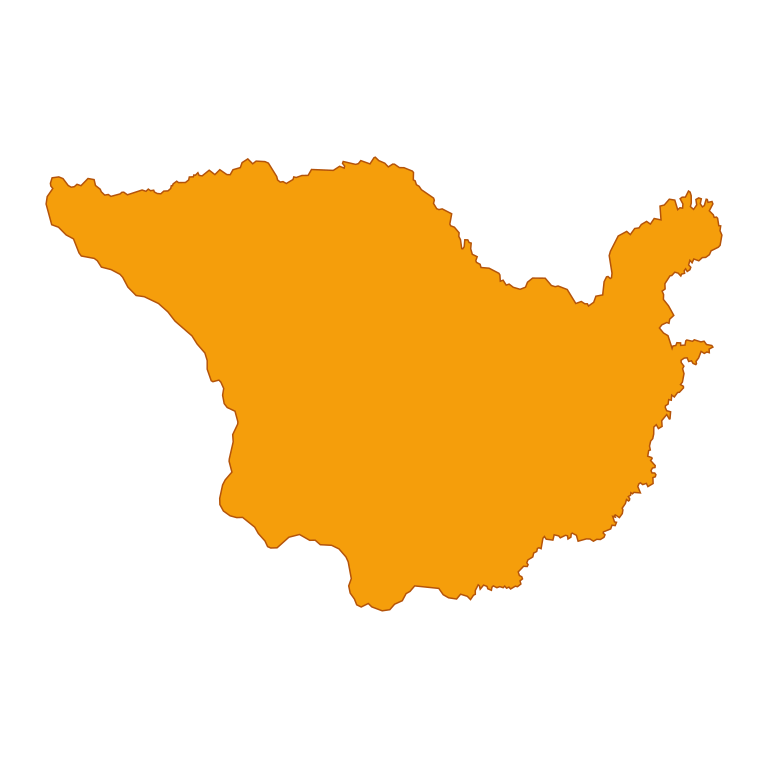 Anzoátegui, Tolima, Colombia (Equal Earth projection)
{"feature_id": "7082276B15169837386348", "entity_name": "Anzoátegui", "entity_type": "district", "adm_level": 2, "iso_a3": "COL", "parent_name": "Colombia", "parent_adm1": "Tolima", "projection": "equal_earth", "projection_center": [-75.176, 4.624], "detail": "fine", "context": "isolated", "style": "filled", "palette": "amber", "viewbox_px": 768, "rotation_deg": 0, "n_neighbors": 0, "source": "geoboundaries", "source_scale": "gbopen_adm2", "svg_char_len": 6107}
<svg xmlns="http://www.w3.org/2000/svg" viewBox="0 0 768 768"><path d="M47.2,196.6L46.1,204.0L51.7,224.7L58.5,227.2L66.1,234.9L73.5,238.9L79.0,252.9L81.3,256.0L94.2,258.4L97.3,260.7L101.4,267.1L111.1,269.6L120.0,274.3L122.7,277.3L127.9,287.1L136.1,295.5L144.3,296.7L158.5,303.5L167.9,311.9L175.0,321.1L192.0,335.9L197.1,344.0L204.9,353.0L207.2,360.5L207.2,369.2L211.2,380.7L212.9,381.7L218.9,380.1L220.9,382.2L223.7,388.5L222.6,395.2L224.2,403.6L227.2,407.5L235.0,411.2L237.9,421.9L237.7,424.1L232.7,434.6L233.2,441.8L229.3,458.9L229.1,461.3L231.9,472.1L225.2,479.9L222.6,484.9L219.7,498.4L219.9,504.6L223.4,511.0L230.1,515.8L236.7,517.6L242.6,517.4L254.7,527.1L258.3,533.5L265.0,541.0L267.6,546.6L270.7,548.0L277.1,547.8L288.9,537.2L299.5,534.5L309.7,540.3L315.2,540.2L320.3,544.7L331.6,545.3L339.0,548.9L346.0,557.0L348.2,561.8L351.3,578.6L348.7,585.9L350.2,593.1L354.4,599.0L356.7,604.8L361.2,607.0L368.3,603.5L371.8,606.9L382.2,610.8L389.8,609.7L394.6,604.2L402.3,600.7L406.1,593.6L410.0,591.4L414.7,585.9L438.8,588.4L443.2,594.7L448.6,597.8L456.6,599.0L460.6,594.2L467.3,596.3L470.5,599.6L473.5,595.2L475.3,594.3L475.3,590.5L478.2,584.8L479.4,585.8L480.2,589.2L483.6,585.1L487.0,586.4L487.8,588.8L491.4,590.3L491.9,587.3L493.3,585.9L496.9,587.7L499.8,586.6L503.2,587.7L504.7,586.1L506.6,588.2L508.9,587.1L510.6,589.0L515.3,586.2L517.5,586.7L520.9,584.0L520.0,580.9L522.5,578.9L521.8,576.8L519.4,575.5L518.2,571.9L523.6,566.3L527.2,566.5L528.1,564.7L526.8,562.8L527.9,559.9L532.8,556.9L533.7,553.0L536.7,551.5L537.4,548.5L538.9,547.7L541.1,548.7L542.9,538.3L544.4,536.5L546.2,539.2L552.9,540.1L554.2,534.8L558.7,535.9L560.3,537.8L565.5,535.3L567.5,535.8L568.0,539.0L570.9,537.2L571.2,533.9L572.2,533.1L576.4,535.3L578.1,541.2L586.3,538.9L590.0,539.0L593.4,541.2L596.8,539.3L600.4,539.5L604.0,537.3L605.0,534.8L603.2,533.1L603.4,531.9L610.7,528.9L612.0,525.2L615.2,525.6L616.5,522.3L614.5,521.9L612.7,516.4L615.2,517.1L614.5,515.4L615.4,514.9L619.4,517.6L622.3,513.6L622.9,509.9L622.2,508.2L625.4,503.5L626.5,499.5L628.5,501.0L629.4,500.3L629.7,498.7L628.3,496.5L630.6,495.2L630.9,492.7L632.5,493.8L633.9,492.4L640.4,492.9L637.8,486.5L638.9,483.8L640.4,482.8L642.7,484.6L646.4,483.4L647.9,486.6L653.1,483.5L652.9,477.6L655.3,476.8L655.9,474.7L654.7,473.0L652.0,472.9L651.0,470.6L652.5,468.0L655.0,467.5L655.2,465.6L650.6,460.5L652.1,458.6L651.8,457.6L647.7,456.2L648.7,450.5L650.3,450.0L649.5,446.0L650.7,441.0L652.7,438.7L653.7,434.1L653.8,427.1L656.3,424.7L658.4,428.6L662.1,426.4L661.7,420.7L666.7,414.6L669.3,419.0L670.0,418.8L670.6,411.8L666.7,410.7L665.3,407.6L665.5,405.7L668.1,404.1L668.7,399.6L671.3,400.2L671.7,395.1L674.3,397.0L677.6,392.5L679.4,392.3L683.5,387.9L683.4,386.3L680.5,384.6L682.4,382.1L684.0,373.7L682.6,368.7L683.9,366.2L681.2,362.5L681.1,360.3L684.2,358.1L687.1,357.8L688.7,361.5L691.5,360.8L693.0,363.4L695.8,364.6L696.5,363.7L696.0,361.4L698.6,358.0L701.1,351.4L704.3,353.4L706.9,352.0L709.3,352.7L709.1,349.1L712.9,347.1L711.8,345.5L706.5,344.5L704.1,341.2L700.9,341.9L694.3,339.8L692.5,341.3L686.8,340.0L685.8,340.8L685.0,345.1L680.7,345.4L680.6,342.9L676.9,342.7L675.8,345.5L672.9,346.0L672.1,348.4L668.0,335.7L663.5,333.0L659.4,328.0L661.9,324.8L666.8,322.5L669.0,323.3L669.7,319.2L673.8,315.4L668.5,305.8L663.4,299.4L663.6,294.6L662.1,291.1L665.1,289.0L664.9,283.7L670.0,275.8L671.8,275.5L674.8,272.2L678.1,273.1L680.8,276.0L681.6,274.1L684.6,273.3L684.2,270.7L685.6,268.8L687.2,271.5L689.9,269.7L690.8,267.3L688.6,264.9L689.9,260.3L692.1,262.8L693.8,259.0L698.8,260.8L702.3,257.6L705.7,257.4L709.4,254.7L711.1,250.8L718.4,247.2L720.1,245.3L721.9,235.1L720.0,230.7L720.7,225.9L718.8,225.7L717.6,218.3L716.5,217.1L714.2,217.4L713.3,214.8L709.3,210.8L712.9,203.9L712.0,201.5L708.0,202.4L707.3,199.5L706.2,199.2L704.3,205.6L702.4,206.9L700.3,203.8L701.3,198.8L698.7,197.9L695.9,199.5L696.7,204.9L693.6,209.4L690.4,206.6L691.3,203.0L691.2,195.7L690.1,192.1L688.5,191.0L685.4,197.1L682.1,197.2L680.1,198.7L682.9,204.0L682.6,208.1L679.9,207.8L677.7,209.7L674.8,200.1L669.3,199.2L664.3,205.0L660.0,206.1L661.0,219.9L654.2,218.5L650.4,224.1L646.6,221.4L641.3,224.5L639.0,227.9L634.7,228.5L630.3,234.6L626.7,231.4L618.2,236.0L610.4,251.3L609.2,255.6L612.0,273.2L611.5,277.7L610.2,278.5L608.0,276.5L606.5,276.9L604.1,281.7L602.7,294.9L595.9,296.2L593.7,302.3L588.5,306.0L587.4,303.8L584.8,303.8L581.3,301.5L575.8,303.5L567.2,289.5L558.1,286.0L555.2,286.7L551.4,285.5L545.2,278.2L532.6,278.1L527.5,282.2L525.5,287.2L520.1,289.3L513.3,287.3L509.1,284.1L506.2,285.1L503.1,280.2L500.3,281.2L499.9,275.0L498.9,273.3L489.1,268.2L481.0,267.5L480.1,264.3L476.5,262.4L475.8,260.7L477.2,256.7L472.3,254.3L470.7,248.8L471.2,243.1L469.1,242.5L467.8,239.9L464.8,239.8L464.2,246.7L462.8,248.8L461.7,248.6L460.5,239.7L458.8,236.4L459.1,232.8L454.4,227.2L450.7,225.8L449.8,224.1L451.7,213.8L442.2,208.9L438.9,209.6L436.7,208.7L433.5,203.4L434.3,200.2L433.6,198.1L421.4,189.7L419.1,186.3L416.4,184.7L415.2,180.9L413.3,179.8L413.5,172.5L412.4,171.1L404.0,167.7L399.4,167.6L394.5,164.2L392.7,164.1L388.3,166.9L384.8,163.2L378.8,160.6L375.3,157.2L374.0,157.7L370.0,163.9L360.8,160.6L358.4,163.6L355.7,164.4L343.2,161.5L342.5,163.4L344.6,166.0L344.2,168.1L339.6,166.3L333.3,170.4L311.5,169.5L308.1,175.4L301.9,175.5L296.2,177.5L293.8,176.9L293.0,179.5L286.3,183.5L283.0,181.6L280.3,182.1L277.6,180.0L276.7,176.5L268.4,163.1L264.9,161.6L256.1,161.1L252.7,163.8L247.8,158.9L242.1,162.6L240.3,167.6L233.0,169.7L230.2,174.7L226.9,174.6L219.8,169.7L214.9,174.6L209.2,170.2L202.1,175.9L199.1,175.4L197.9,172.7L195.4,175.2L193.8,175.0L193.4,176.8L189.3,177.0L188.7,179.9L185.4,182.5L178.5,182.6L176.7,181.2L173.1,183.9L172.5,185.7L171.3,185.7L170.7,188.5L167.9,190.9L163.8,191.1L160.8,193.8L157.2,193.5L154.4,192.0L153.7,190.2L150.5,190.7L148.3,189.1L146.0,191.3L142.1,190.0L127.4,194.8L123.8,192.2L121.9,192.3L120.1,193.9L110.9,196.4L108.3,194.5L104.7,195.1L101.3,191.8L100.2,189.2L95.5,185.5L94.1,179.6L88.0,178.5L81.0,185.7L77.0,184.3L74.3,186.7L71.2,187.2L68.2,185.5L63.0,178.6L58.8,176.9L52.1,177.8L50.4,183.3L50.8,186.0L52.8,188.5L47.2,196.6Z" fill="#f59e0b" stroke="#b45309" stroke-width="1.5"/></svg>